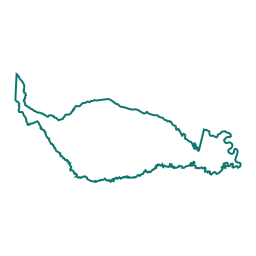 the district of Cumaral, Meta, Colombia
{"feature_id": "7082276B27464538286793", "entity_name": "Cumaral", "entity_type": "district", "adm_level": 2, "iso_a3": "COL", "parent_name": "Colombia", "parent_adm1": "Meta", "projection": "robinson", "projection_center": [-73.341, 4.26], "detail": "fine", "context": "isolated", "style": "outline", "palette": "teal", "viewbox_px": 256, "rotation_deg": 0, "n_neighbors": 0, "source": "geoboundaries", "source_scale": "gbopen_adm2", "svg_char_len": 5902}
<svg xmlns="http://www.w3.org/2000/svg" viewBox="0 0 256 256"><path d="M16.6,74.1L15.4,99.4L15.6,100.3L16.7,101.5L18.0,101.8L19.4,104.2L18.7,105.3L19.4,106.7L18.6,110.4L18.9,111.6L19.4,112.1L22.1,112.0L22.9,112.9L23.8,115.3L25.8,117.9L26.2,119.8L26.2,121.1L26.6,121.5L27.8,124.9L29.6,124.6L29.7,123.8L32.7,123.4L37.2,121.3L39.1,123.3L39.4,124.6L40.8,126.9L40.6,127.8L40.9,127.8L40.7,128.3L41.0,128.9L41.5,128.7L42.0,129.3L43.6,129.9L43.6,130.5L44.5,131.0L44.7,131.8L45.5,132.2L45.3,133.5L46.7,136.7L48.7,138.9L49.2,138.8L49.2,140.3L51.0,143.8L52.1,143.8L52.3,144.5L53.2,144.9L53.2,145.7L54.0,146.6L54.1,147.7L54.9,147.9L55.4,148.5L55.5,149.6L56.3,151.0L60.1,153.2L59.8,153.9L60.6,154.4L60.6,156.1L62.3,156.4L63.0,158.0L63.9,157.5L63.7,157.8L64.2,158.2L64.7,159.6L65.9,160.0L66.8,159.8L67.7,160.8L67.4,161.4L68.0,161.5L68.5,162.3L68.8,161.9L69.1,162.3L68.9,162.9L69.3,163.1L69.1,163.5L69.6,163.5L69.2,163.9L69.9,164.4L69.9,165.0L70.4,166.0L71.0,166.4L71.2,167.6L70.5,168.2L70.3,170.2L70.8,170.5L71.7,170.1L73.2,170.9L74.3,173.4L74.8,173.1L75.4,174.2L76.4,174.2L76.8,174.6L76.9,175.5L76.3,176.2L76.7,176.1L78.0,177.6L79.5,177.2L80.3,177.5L80.3,177.9L80.9,177.9L82.7,176.6L84.4,176.7L85.0,176.3L85.8,177.1L86.8,177.4L87.0,178.5L87.5,179.1L90.1,180.6L92.6,181.5L94.6,181.2L94.9,181.6L95.4,181.2L95.9,181.9L97.6,180.9L100.4,180.4L100.8,179.8L102.2,180.0L104.8,179.3L105.0,178.8L106.8,180.6L108.2,180.3L109.7,181.2L109.6,180.5L110.6,181.0L110.5,180.3L111.2,180.3L111.4,180.7L112.0,180.0L112.6,180.6L112.7,179.9L113.6,180.8L113.9,180.2L113.7,179.5L113.2,179.7L113.4,179.2L114.7,178.5L114.9,178.7L115.9,177.8L116.3,178.4L117.6,177.9L117.9,178.6L119.4,177.3L120.6,178.5L121.0,178.0L122.6,177.9L122.8,177.3L125.0,176.8L125.3,177.4L126.2,177.3L126.2,177.7L126.6,176.5L127.5,176.3L127.8,176.5L127.5,176.8L127.8,177.1L127.7,177.7L128.4,177.9L129.3,177.3L131.7,177.8L134.0,177.1L134.5,177.6L135.2,177.4L136.8,176.5L137.4,175.5L138.5,175.1L139.5,175.8L140.0,175.0L140.6,175.3L142.0,173.9L143.2,173.8L144.0,171.7L144.9,170.9L145.6,171.3L145.7,170.6L147.4,172.4L147.8,172.5L148.6,171.7L149.3,172.2L150.0,171.7L150.9,171.8L152.5,169.8L153.8,169.6L154.0,168.7L154.6,168.2L155.9,168.2L156.3,167.1L155.9,166.9L155.8,166.0L156.1,165.6L156.7,165.9L157.2,165.2L157.9,165.5L158.1,164.7L158.5,165.0L159.3,164.6L160.7,165.6L161.5,165.3L162.2,164.4L162.4,165.2L162.9,165.3L162.7,166.5L163.3,167.1L164.1,165.5L164.7,165.6L165.2,166.2L168.6,167.0L169.3,166.1L169.8,166.0L169.9,164.2L171.5,164.2L171.8,164.6L171.8,165.3L171.3,165.7L171.8,166.3L171.6,166.7L172.0,166.7L172.3,167.2L174.0,166.6L174.3,167.0L174.1,168.0L176.7,167.7L178.9,166.6L178.9,166.0L179.3,165.8L179.8,166.3L181.0,166.1L182.1,166.5L182.5,167.2L182.3,167.8L183.6,167.8L184.4,167.6L186.2,166.2L188.0,166.0L189.6,165.2L190.3,164.2L191.0,165.6L191.3,165.3L191.8,165.5L191.8,164.7L191.3,164.3L191.5,162.9L192.9,162.6L193.9,161.8L194.5,162.6L194.4,163.1L193.8,163.1L193.0,164.7L193.7,165.3L195.5,165.7L195.6,167.9L197.4,167.8L197.8,168.3L198.7,168.0L199.6,168.3L201.7,167.4L202.8,168.4L204.9,167.5L205.6,168.6L204.8,170.1L205.1,171.8L207.1,171.4L207.6,171.4L207.8,172.1L208.3,171.6L208.7,172.1L209.6,171.5L210.0,172.1L210.0,173.9L211.1,174.5L214.0,172.1L215.2,172.2L216.5,173.9L218.1,173.4L220.4,171.8L221.1,170.7L222.3,169.8L222.4,168.7L221.7,167.4L222.0,166.9L225.3,168.0L225.5,167.1L226.2,166.3L225.5,165.5L224.0,165.7L223.6,165.4L223.5,164.1L224.3,163.3L227.2,162.8L227.7,163.5L227.9,165.9L228.8,166.3L230.4,165.3L230.9,164.6L230.9,164.0L232.5,163.7L233.0,164.5L232.4,167.1L233.1,167.6L236.5,166.1L237.7,166.7L238.1,167.7L240.0,166.5L240.5,165.5L240.6,164.3L240.1,163.1L236.6,162.1L235.8,161.2L235.2,159.7L237.5,152.7L237.6,151.3L237.3,150.1L236.4,149.1L235.0,148.9L234.3,149.7L233.8,152.6L233.0,153.5L231.6,153.9L229.3,153.0L228.4,151.6L228.4,150.2L228.9,149.5L231.2,148.1L232.0,147.0L232.4,145.6L232.2,144.2L230.4,142.6L228.9,142.3L227.0,143.0L226.0,142.9L225.2,142.6L224.3,141.4L224.2,140.0L224.5,139.3L225.6,138.6L225.9,138.0L227.5,137.0L230.3,136.9L230.8,136.4L230.7,134.5L229.1,133.1L227.0,132.6L225.1,131.3L221.8,131.7L220.3,133.6L217.9,134.6L217.6,136.1L216.6,137.4L214.4,136.5L213.3,135.6L210.6,135.9L209.5,134.5L209.3,131.4L206.2,129.9L204.9,130.0L204.0,129.5L198.9,150.5L198.1,150.7L197.6,150.0L198.1,148.6L197.6,147.5L196.9,147.5L195.6,148.8L194.6,148.7L194.0,148.1L194.1,147.3L195.4,146.5L195.8,145.7L195.6,144.7L194.7,143.3L194.1,143.6L193.8,146.3L193.2,146.4L192.4,144.0L191.1,142.0L189.1,141.4L186.5,139.2L185.2,138.8L185.0,137.9L185.3,135.7L184.8,134.4L183.5,133.8L182.9,134.4L182.6,135.6L182.0,135.7L181.3,133.9L180.4,132.7L180.3,131.6L179.4,131.1L179.0,129.5L178.1,128.9L177.1,129.8L176.2,129.5L175.7,126.1L172.7,124.8L171.0,121.8L169.8,121.8L169.5,121.1L167.3,121.4L166.8,120.5L164.3,119.7L162.7,117.8L159.9,117.2L158.5,116.4L157.9,115.4L153.3,115.1L149.3,113.8L147.4,112.6L147.1,112.0L146.4,112.1L145.4,113.3L144.1,113.5L141.7,112.4L137.9,109.9L135.0,109.3L132.3,109.6L130.0,109.2L124.7,107.4L121.1,106.8L119.6,106.1L118.1,104.4L115.6,103.7L113.5,101.8L109.9,99.5L108.0,99.0L96.6,100.5L94.3,100.1L92.5,101.0L91.0,100.9L89.6,102.2L87.8,101.5L85.3,102.8L83.7,102.9L82.2,103.4L80.5,105.5L79.2,106.3L75.9,106.0L74.3,108.2L74.2,109.4L73.3,109.3L72.8,109.7L72.7,111.3L71.5,112.0L71.0,113.3L68.7,114.7L65.5,114.7L64.5,116.7L63.6,117.1L63.1,118.5L62.3,119.1L59.5,119.8L58.6,120.3L56.2,117.9L54.4,117.6L54.0,117.0L54.0,116.5L53.3,115.9L52.1,115.9L51.3,115.3L49.9,115.2L49.2,115.4L47.9,116.8L46.7,116.4L45.7,115.4L43.8,114.6L43.0,113.6L41.8,113.6L39.8,112.6L37.8,112.7L35.6,111.3L34.1,110.9L32.0,109.2L30.3,108.6L29.6,107.6L27.4,106.7L26.8,105.7L25.3,105.3L25.1,103.1L24.4,102.3L24.5,101.6L23.8,100.8L23.8,99.9L24.9,98.9L24.7,98.1L25.2,97.6L25.2,96.1L26.0,95.2L25.5,93.5L24.1,92.6L24.1,91.3L23.6,90.9L24.1,90.2L23.8,89.1L24.2,87.9L24.3,85.7L23.0,82.6L19.4,78.2L18.6,76.3L18.0,76.1L17.4,74.7L16.6,74.1Z" fill="none" stroke="#0f766e" stroke-width="2"/></svg>